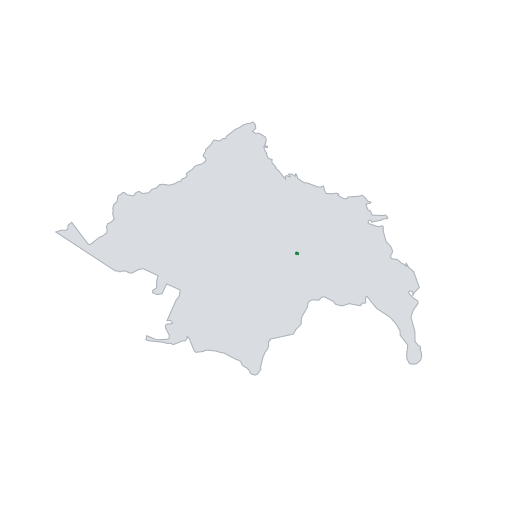 location of Briceño, Boyacá, Colombia, rotated 114°
{"feature_id": "7082276B11306112242915", "entity_name": "Briceño", "entity_type": "district", "adm_level": 2, "iso_a3": "COL", "parent_name": "Colombia", "parent_adm1": "Boyacá", "projection": "natural_earth1", "projection_center": [-73.909, 5.679], "detail": "fine", "context": "in_parent", "style": "filled", "palette": "green", "viewbox_px": 512, "rotation_deg": 114, "n_neighbors": 0, "source": "geoboundaries", "source_scale": "gbopen_adm2", "svg_char_len": 4393}
<svg xmlns="http://www.w3.org/2000/svg" viewBox="0 0 512 512"><g transform="rotate(114 256 256)"><path d="M288.2,76.6L283.9,78.6L275.6,81.1L269.8,92.0L265.9,93.9L261.1,100.3L257.5,108.3L254.8,124.6L247.7,138.3L248.2,138.9L251.1,138.3L253.8,136.8L254.8,137.3L255.7,139.7L259.0,140.3L261.6,151.4L266.6,157.1L267.1,159.3L267.7,163.9L266.0,166.7L265.5,176.9L267.0,179.4L270.7,180.5L273.2,186.8L274.8,188.3L277.0,189.3L282.4,188.3L292.3,189.3L294.6,189.2L300.0,187.0L307.0,189.7L312.2,190.1L326.2,209.3L327.6,208.7L329.4,209.8L332.9,207.9L336.0,207.6L340.0,208.5L345.2,208.5L355.9,206.6L357.4,205.4L363.2,206.6L365.0,208.0L365.8,211.6L365.1,213.8L363.1,216.0L362.0,218.9L361.8,222.3L360.8,224.9L358.9,226.6L358.2,229.0L358.6,232.2L357.6,246.6L358.4,247.8L359.1,253.8L361.5,261.5L362.7,263.7L364.8,265.5L368.5,271.9L367.7,274.0L358.1,283.9L357.6,286.2L359.5,285.3L362.4,286.2L363.4,288.6L370.6,295.5L370.5,298.2L372.5,303.4L372.2,304.6L377.1,319.4L377.3,322.5L373.2,323.4L373.0,313.4L372.4,311.4L367.8,302.6L366.8,301.9L363.7,302.9L358.5,309.4L356.1,310.4L354.2,309.5L352.2,305.6L351.0,304.9L349.7,308.1L351.3,311.0L328.5,311.0L324.0,309.8L317.9,311.3L317.9,326.3L328.7,326.5L331.6,330.8L331.4,334.3L331.8,335.5L329.2,336.3L325.5,333.9L318.8,336.7L313.8,337.4L313.5,354.0L316.5,358.1L322.2,362.5L323.1,365.5L322.7,368.4L324.0,371.9L325.9,373.8L325.9,376.0L326.9,378.4L315.5,448.6L311.5,444.3L310.1,440.4L308.1,438.9L304.3,440.1L300.2,438.1L313.4,414.3L313.0,412.2L302.0,406.3L300.8,404.8L295.6,401.7L292.7,402.6L291.0,404.2L287.0,404.7L283.8,402.1L279.9,400.5L275.3,404.5L273.9,404.4L270.6,406.2L267.1,406.9L262.5,405.1L258.8,406.3L256.2,406.1L255.2,404.8L251.9,403.4L251.6,401.8L252.5,398.8L251.1,393.0L250.5,392.0L248.0,392.0L245.1,389.9L244.5,388.6L245.1,386.2L244.6,384.2L241.8,379.6L237.8,378.4L234.0,374.5L230.1,373.2L228.4,370.4L226.7,364.2L222.7,359.3L220.0,357.7L219.0,355.4L216.2,355.1L212.3,351.9L210.6,351.7L209.4,353.2L205.8,351.6L202.8,349.3L199.6,348.7L197.5,347.3L193.8,342.8L189.7,340.6L187.4,341.4L186.6,344.7L185.2,345.3L180.6,344.5L179.8,345.2L178.6,345.0L172.9,342.6L167.2,341.7L165.8,336.1L162.2,334.0L161.1,331.4L158.6,331.7L149.0,326.6L145.0,323.1L141.6,321.1L138.0,317.1L137.5,315.6L134.7,313.3L136.1,310.3L139.4,308.1L143.7,309.8L144.2,306.3L142.6,303.3L143.4,296.3L144.5,294.8L146.9,293.4L148.4,293.9L149.3,292.8L152.8,293.3L153.9,292.8L156.6,290.0L157.7,287.8L158.9,288.0L161.8,284.3L161.3,280.5L164.0,279.7L166.9,273.6L168.1,273.4L168.7,270.5L173.7,260.4L171.9,261.5L169.9,260.8L170.2,257.4L169.6,257.0L168.0,259.6L166.7,257.0L167.0,252.6L164.8,253.4L164.9,252.4L168.2,249.2L169.5,241.7L168.4,239.0L167.8,227.8L167.2,225.6L164.6,222.8L168.8,219.6L170.3,217.2L168.4,212.3L165.9,208.1L165.8,205.5L167.3,205.8L167.9,198.8L166.5,196.2L164.8,196.1L159.3,185.9L157.3,183.7L158.8,178.8L160.5,176.6L160.1,172.9L161.3,173.1L163.6,176.5L164.6,175.9L168.3,172.7L168.4,169.7L171.4,166.6L167.2,156.0L165.8,154.4L167.5,151.0L168.5,151.2L170.1,154.5L172.8,156.7L176.6,162.5L178.3,163.8L177.1,165.1L176.8,166.5L177.4,167.3L179.6,167.5L180.5,165.9L179.9,158.7L179.0,155.2L176.9,152.7L177.6,151.6L181.5,149.9L189.8,143.1L192.6,136.7L194.7,134.3L197.2,132.8L200.1,133.2L202.5,132.4L203.2,130.3L201.7,125.9L203.4,119.8L203.3,116.8L204.5,114.9L204.1,114.2L201.1,116.4L204.2,112.1L206.3,105.5L218.3,94.0L226.0,96.8L228.5,96.6L225.3,98.1L224.8,99.7L225.9,101.5L227.1,102.0L228.1,100.9L230.7,94.1L231.1,90.4L232.2,89.1L233.9,88.7L241.5,90.3L248.7,89.7L260.4,80.1L269.3,76.0L271.4,72.0L272.0,69.0L273.6,67.9L275.3,67.9L276.3,66.2L280.4,63.7L284.7,63.4L289.3,65.6L291.5,69.6L291.8,72.3L288.2,76.6ZM152.9,292.0L152.4,292.6L151.4,291.6L151.0,290.5L151.6,289.6L152.5,289.9L152.9,292.0Z" fill="#d9dde1" stroke="#a8b0b8" stroke-width="1"/><path d="M237.1,220.9L237.3,220.8L237.3,220.7L237.5,220.6L237.8,220.5L237.8,220.4L237.9,220.2L237.7,220.2L237.6,220.3L237.4,220.3L237.3,220.2L237.2,220.2L237.1,219.9L237.1,219.7L237.3,219.5L237.3,219.4L237.4,219.2L237.4,218.9L237.5,218.7L237.6,218.4L237.5,218.5L237.4,218.5L237.3,218.4L237.3,218.2L237.2,218.2L237.0,218.3L236.9,218.3L236.9,218.5L236.8,218.8L236.7,218.8L236.4,218.9L236.4,219.0L236.3,219.3L236.2,219.3L236.1,219.2L236.1,219.3L236.1,219.5L236.1,219.8L236.2,220.0L236.2,220.3L236.2,220.5L236.3,220.6L236.5,220.7L236.8,220.6L237.0,220.7L237.0,220.8L237.0,220.7L237.0,220.8L237.1,220.9Z" fill="#22c55e" stroke="#15803d" stroke-width="1.5"/></g></svg>